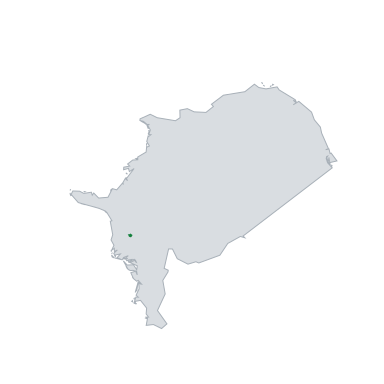 Davie, North Carolina, United States of America (highlighted), rotated 125°
{"feature_id": "52423323B1235583382537", "entity_name": "Davie", "entity_type": "district", "adm_level": 2, "iso_a3": "USA", "parent_name": "United States of America", "parent_adm1": "North Carolina", "projection": "orthographic", "projection_center": [-80.521, 35.903], "detail": "fine", "context": "in_parent", "style": "filled", "palette": "green", "viewbox_px": 384, "rotation_deg": 125, "n_neighbors": 0, "source": "geoboundaries", "source_scale": "gbopen_adm2", "svg_char_len": 4138}
<svg xmlns="http://www.w3.org/2000/svg" viewBox="0 0 384 384"><g transform="rotate(125 192 192)"><path d="M290.9,155.5L308.9,152.3L314.4,136.9L321.3,138.6L322.7,147.6L327.5,153.0L321.0,156.0L320.8,157.7L319.4,155.8L318.2,159.6L313.1,162.6L310.3,172.0L313.8,175.5L315.9,174.8L315.2,173.2L315.9,173.9L316.3,175.8L310.3,177.7L309.0,175.7L308.6,178.6L301.6,179.8L296.5,183.8L297.0,181.7L296.4,180.4L295.2,185.4L296.8,186.1L296.5,190.3L293.2,195.8L289.2,192.8L291.3,189.3L288.8,191.8L290.0,195.4L291.7,197.4L292.1,199.8L287.8,208.7L289.0,203.2L285.2,198.2L287.4,192.7L283.8,194.5L285.4,202.4L281.8,200.2L280.5,200.4L281.6,197.9L281.5,197.2L280.3,199.2L280.3,200.8L285.8,203.7L284.7,205.2L282.2,202.5L281.2,202.1L284.4,205.3L285.7,205.9L285.0,208.0L283.3,206.5L286.0,209.4L285.4,209.9L284.1,208.4L280.7,207.7L284.9,210.5L287.6,210.3L290.4,217.6L287.9,212.0L288.8,215.7L283.8,215.1L287.5,218.6L289.2,217.5L287.1,220.9L282.3,219.9L285.2,221.5L282.7,223.3L285.8,224.4L280.4,225.4L277.7,230.8L272.5,232.4L262.8,242.2L261.5,241.1L257.6,250.0L257.3,252.2L258.8,259.0L265.9,279.1L263.3,289.6L259.5,290.2L255.8,284.5L255.2,279.8L249.9,274.3L251.8,271.9L249.2,271.9L250.5,265.0L244.5,257.8L234.9,259.1L233.4,254.9L224.1,254.0L225.4,252.5L223.7,254.0L219.4,254.4L219.6,251.3L218.7,253.4L206.0,252.9L211.2,255.0L209.1,257.6L213.0,260.8L210.8,262.1L206.5,257.9L206.0,260.8L199.8,258.9L196.7,254.9L194.4,256.5L185.6,252.5L179.9,255.7L181.4,254.8L178.7,253.3L176.6,258.0L170.7,260.3L172.1,259.6L168.6,258.5L169.6,260.4L165.1,261.7L162.7,266.8L161.0,265.6L162.4,267.4L162.0,272.4L163.3,275.7L161.9,276.5L152.3,270.8L151.1,263.1L143.1,246.4L138.0,244.4L131.9,248.9L126.4,243.6L125.1,236.2L118.8,226.2L109.7,223.5L109.0,226.4L94.7,221.8L79.5,206.2L67.9,202.7L68.1,197.2L65.1,190.5L57.1,182.6L58.4,179.1L57.2,160.3L58.1,158.8L58.8,161.6L59.2,157.8L62.5,159.1L56.5,156.5L58.0,139.9L62.7,133.2L65.2,124.1L69.4,119.6L78.3,105.0L80.7,106.8L78.2,104.5L81.3,100.9L80.3,100.4L83.4,91.1L88.9,96.0L85.1,99.7L89.0,97.7L86.7,101.3L84.7,101.4L85.7,102.1L87.7,101.2L90.3,97.7L91.8,91.0L198.7,124.9L199.2,122.5L200.7,126.9L213.6,133.2L227.8,132.9L246.2,145.7L246.9,148.8L253.4,153.9L255.1,165.8L249.9,175.3L252.1,178.5L270.5,171.0L269.7,166.6L271.3,165.8L281.2,165.2L290.9,155.5ZM303.9,181.6L306.9,180.9L296.4,184.6L305.0,180.4L303.9,181.6ZM90.2,94.8L89.8,97.6L89.5,97.9L89.3,95.5L90.2,94.8ZM163.3,274.8L162.5,270.2L162.9,267.8L162.8,270.4L163.3,274.8ZM321.7,156.3L321.9,157.7L321.4,157.4L321.7,156.3ZM196.7,256.2L196.8,257.2L195.9,256.3L196.7,256.2ZM59.2,188.1L60.5,188.1L60.5,188.3L59.2,188.1ZM58.2,187.2L57.6,187.7L57.4,186.9L58.2,187.2ZM313.1,177.6L312.4,178.5L312.1,178.4L313.1,177.6ZM164.0,265.6L163.0,267.5L165.4,263.9L164.0,265.6ZM263.8,272.5L265.2,276.4L263.6,272.1L263.8,272.5ZM63.6,193.8L63.7,195.0L63.5,193.9L63.6,193.8ZM263.9,290.2L262.7,291.4L264.7,288.8L263.9,290.2ZM291.0,220.1L289.8,221.7L290.6,217.9L291.0,220.1ZM90.4,92.4L90.1,93.1L89.9,92.6L90.4,92.4ZM169.5,261.2L167.4,261.7L169.6,260.9L169.5,261.2ZM316.0,177.7L316.1,178.7L315.2,178.5L316.0,177.7ZM62.6,196.6L62.5,198.0L62.4,196.7L62.6,196.6ZM166.9,262.4L166.0,262.8L166.8,262.1L166.9,262.4ZM291.7,201.5L290.6,203.6L291.9,200.7L291.7,201.5ZM179.2,256.5L177.8,257.0L179.8,256.0L179.2,256.5ZM257.9,251.1L257.6,252.7L257.5,251.5L257.9,251.1ZM286.2,224.7L285.8,225.0L287.0,223.7L286.2,224.7ZM238.3,258.9L236.7,259.7L236.1,259.5L238.3,258.9ZM218.8,254.1L218.5,254.3L217.6,254.2L218.8,254.1ZM253.4,279.9L253.6,281.1L253.1,279.7L253.4,279.9ZM214.6,256.0L214.2,257.1L214.3,255.2L214.6,256.0ZM260.2,292.9L259.3,293.0L260.6,292.7L260.2,292.9ZM296.3,191.0L295.8,192.1L296.4,190.6L296.3,191.0ZM288.8,222.0L288.3,222.4L288.2,222.4L288.8,222.0Z" fill="#d9dde1" stroke="#a8b0b8" stroke-width="1"/><path d="M263.2,216.7L262.6,216.7L262.1,216.7L262.1,217.7L262.1,218.0L262.3,218.0L262.5,218.1L262.7,218.3L262.8,218.3L263.0,218.4L263.0,218.5L263.3,218.6L263.4,218.8L263.5,218.6L263.3,218.5L263.4,218.4L263.4,218.2L263.5,218.2L263.8,218.1L263.8,217.9L263.7,217.9L263.9,217.8L263.9,217.6L263.9,217.4L263.8,217.2L263.6,217.1L263.7,216.9L263.4,216.6L263.2,216.7Z" fill="#22c55e" stroke="#15803d" stroke-width="1.5"/></g></svg>